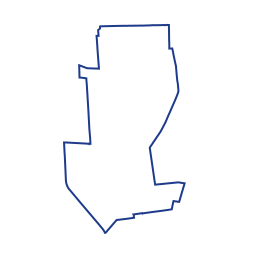 the district of Tudor Vladimirescu, Braila, Romania, rotated 96°
{"feature_id": "2599482B82586495154096", "entity_name": "Tudor Vladimirescu", "entity_type": "district", "adm_level": 2, "iso_a3": "ROU", "parent_name": "Romania", "parent_adm1": "Braila", "projection": "orthographic", "projection_center": [27.76, 45.232], "detail": "fine", "context": "isolated", "style": "outline", "palette": "blue", "viewbox_px": 256, "rotation_deg": 96, "n_neighbors": 0, "source": "geoboundaries", "source_scale": "gbopen_adm2", "svg_char_len": 1955}
<svg xmlns="http://www.w3.org/2000/svg" viewBox="0 0 256 256"><g transform="rotate(96 128 128)"><path d="M32.1,166.4L32.6,166.8L33.7,167.9L34.6,167.8L35.3,167.7L39.4,166.9L39.7,168.9L45.1,167.9L53.9,166.4L72.0,163.1L72.6,171.2L72.8,175.0L70.7,183.1L82.9,181.5L82.8,179.6L83.0,174.6L84.6,174.4L89.3,173.5L98.2,172.0L116.2,169.0L133.2,166.3L142.0,164.6L147.6,163.7L147.6,164.1L147.5,164.4L147.6,165.4L147.9,165.4L147.8,165.6L147.9,167.9L147.9,169.0L148.0,170.7L148.1,172.4L148.5,180.6L148.9,188.4L149.1,190.1L156.7,188.9L159.9,188.4L162.0,188.0L171.2,186.6L187.1,184.2L188.7,183.8L189.9,183.4L191.0,182.9L192.5,182.1L193.7,181.3L194.8,180.4L196.1,179.0L207.7,167.0L226.6,147.2L231.3,142.4L232.2,141.6L232.9,141.1L234.7,139.9L234.4,139.2L233.7,138.7L232.0,137.6L228.6,135.2L225.1,132.8L220.8,129.8L220.7,129.7L219.1,122.7L217.9,117.6L216.6,112.6L215.0,113.0L214.4,113.1L213.5,113.3L213.4,113.4L211.6,106.5L211.2,105.0L211.6,104.7L211.3,104.2L209.0,95.0L206.8,85.7L204.7,77.4L204.3,76.0L202.1,75.8L200.1,75.6L196.6,75.2L195.9,75.1L195.9,74.8L196.0,73.3L196.1,69.4L187.9,67.9L187.7,67.9L177.1,65.9L177.0,68.3L176.8,72.3L179.5,85.4L179.8,86.7L181.5,95.1L167.4,98.7L145.8,104.2L145.0,104.2L141.5,102.3L139.1,101.1L138.6,100.8L136.8,99.8L134.8,98.8L134.7,98.7L134.1,98.4L133.0,97.8L132.5,97.5L129.4,95.9L128.5,95.4L127.9,95.1L118.6,91.4L110.2,88.8L110.3,88.8L108.2,88.1L105.3,87.2L102.4,86.3L96.8,84.5L92.5,83.2L90.3,82.6L89.2,82.3L88.1,82.0L86.3,81.7L85.8,81.7L79.1,83.0L75.5,84.0L70.7,85.0L62.4,86.6L61.9,86.6L60.2,87.2L56.9,88.3L53.8,89.3L50.7,90.3L47.0,91.4L44.9,92.1L44.3,92.3L44.5,93.7L44.7,95.2L39.6,95.8L34.6,96.5L26.7,97.4L21.5,98.1L21.3,98.1L21.4,99.5L21.5,100.9L21.6,101.2L21.8,101.5L22.0,102.0L21.9,102.3L21.8,102.7L21.8,103.0L22.0,104.2L22.7,109.5L23.4,115.9L23.6,116.5L24.5,123.2L26.9,143.5L26.9,143.8L27.2,146.1L27.5,148.6L28.8,158.7L29.8,166.3L30.5,166.4L31.6,166.3L32.0,166.3L32.1,166.4Z" fill="none" stroke="#1e3a8a" stroke-width="2"/></g></svg>